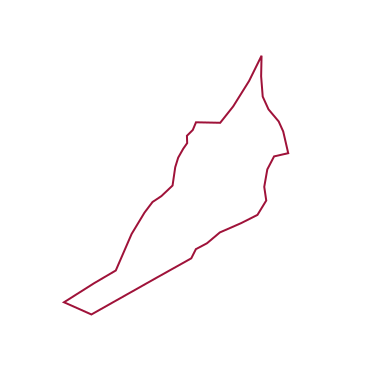 Mukono, Robinson projection, rotated 24°
{"feature_id": "UGA-3075", "entity_name": "Mukono", "entity_type": "District", "adm_level": 1, "iso_a3": "UGA", "parent_name": "Uganda", "parent_adm1": "", "projection": "robinson", "projection_center": [32.781, 0.341], "detail": "fine", "context": "isolated", "style": "outline", "palette": "rose", "viewbox_px": 384, "rotation_deg": 24, "n_neighbors": 0, "source": "natural_earth", "source_scale": "10m", "svg_char_len": 624}
<svg xmlns="http://www.w3.org/2000/svg" viewBox="0 0 384 384"><g transform="rotate(24 192 192)"><path d="M200.1,39.2L208.1,58.2L217.8,76.1L228.3,85.4L242.5,92.3L250.7,99.6L264.1,117.4L252.5,126.1L251.6,140.7L255.9,157.9L263.3,169.6L261.1,186.3L249.5,200.5L233.9,217.6L226.5,232.8L218.8,242.6L218.3,252.9L194.9,284.2L149.9,344.8L119.9,344.8L127.7,333.1L139.7,315.1L154.3,294.7L153.9,254.9L157.0,230.1L160.0,217.2L165.7,208.2L171.6,194.0L166.6,176.2L165.4,166.2L166.4,156.0L167.7,149.3L164.5,142.7L167.5,135.0L167.3,126.7L189.6,117.3L194.8,97.1L199.0,67.3L200.1,39.2Z" fill="none" stroke="#9f1239" stroke-width="2"/></g></svg>